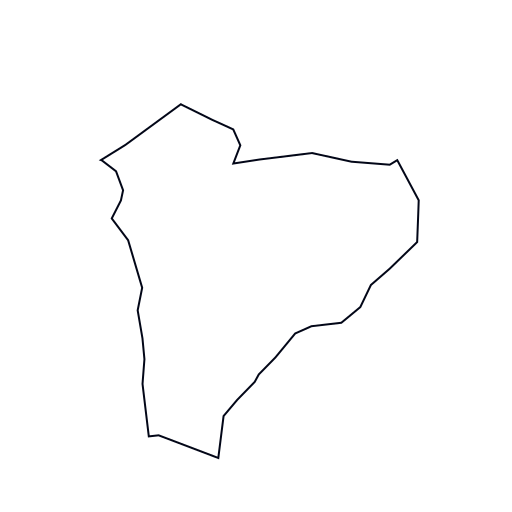 outline of Berane, rotated 156°
{"feature_id": "MNE-1509", "entity_name": "Berane", "entity_type": "Municipality", "adm_level": 1, "iso_a3": "MNE", "parent_name": "Montenegro", "parent_adm1": "", "projection": "albers", "projection_center": [19.918, 42.855], "detail": "fine", "context": "isolated", "style": "outline", "palette": "ink", "viewbox_px": 512, "rotation_deg": 156, "n_neighbors": 0, "source": "natural_earth", "source_scale": "10m", "svg_char_len": 700}
<svg xmlns="http://www.w3.org/2000/svg" viewBox="0 0 512 512"><g transform="rotate(156 256 256)"><path d="M372.5,349.0L356.8,361.7L350.7,370.1L349.4,390.3L357.9,406.0L358.6,406.7L330.2,410.6L262.9,425.2L262.7,424.8L240.6,398.2L225.3,380.9L225.3,363.5L239.1,349.7L213.5,342.7L163.0,327.3L130.4,303.3L96.7,285.0L88.0,286.1L87.8,283.8L84.7,240.7L90.6,228.6L103.1,203.2L105.5,202.3L139.1,190.0L162.8,182.8L181.5,166.9L205.2,160.3L233.9,169.3L251.7,169.3L279.6,155.4L301.6,146.7L308.4,141.5L331.5,132.3L350.7,123.0L372.6,86.8L417.9,131.8L427.3,134.8L411.7,185.3L399.9,207.1L393.2,227.0L386.2,254.5L372.9,273.3L366.4,322.4L372.4,348.5L372.5,349.0Z" fill="none" stroke="#020617" stroke-width="2"/></g></svg>